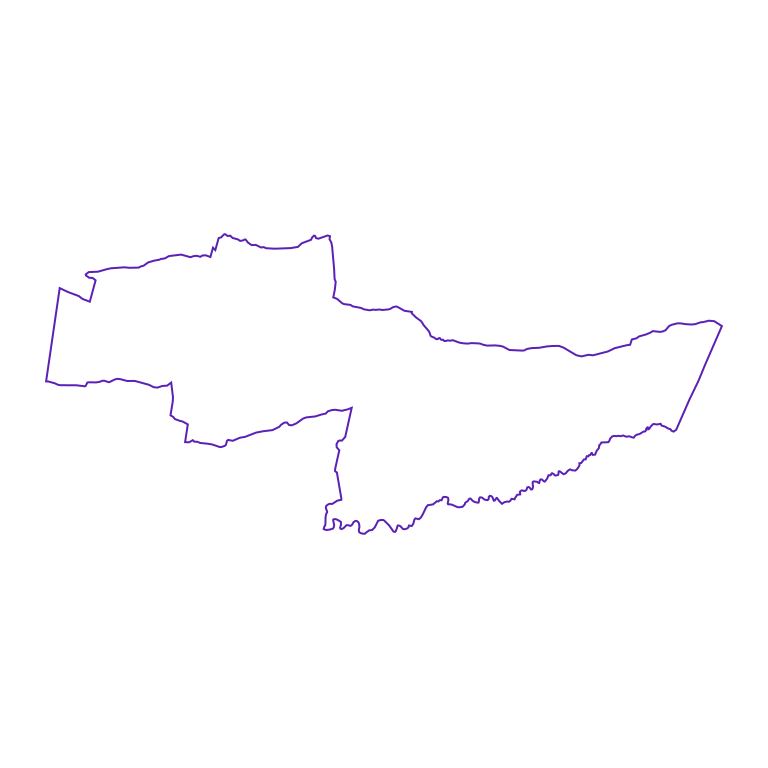 outline of Acuamanala de Miguel Hidalgo, Tlaxcala, Mexico
{"feature_id": "50627088B41690170063665", "entity_name": "Acuamanala de Miguel Hidalgo", "entity_type": "district", "adm_level": 2, "iso_a3": "MEX", "parent_name": "Mexico", "parent_adm1": "Tlaxcala", "projection": "equal_earth", "projection_center": [-98.159, 19.216], "detail": "fine", "context": "isolated", "style": "outline", "palette": "violet", "viewbox_px": 768, "rotation_deg": 0, "n_neighbors": 0, "source": "geoboundaries", "source_scale": "gbopen_adm2", "svg_char_len": 6103}
<svg xmlns="http://www.w3.org/2000/svg" viewBox="0 0 768 768"><path d="M676.2,429.8L689.5,399.4L698.3,381.2L705.3,364.3L721.9,326.1L714.3,321.2L708.9,320.7L703.2,322.1L700.7,322.3L695.1,324.2L691.1,324.5L685.2,324.1L681.0,323.4L677.6,323.3L671.7,324.8L669.1,326.0L665.6,330.2L662.9,331.4L660.1,331.9L652.8,331.1L650.6,332.5L646.2,334.4L639.1,336.4L636.5,338.3L631.8,339.5L630.1,344.8L626.8,345.2L614.9,348.1L607.8,351.5L593.0,355.3L588.3,354.8L581.6,356.4L576.3,355.2L563.5,347.6L558.9,345.9L552.4,346.0L547.2,346.4L539.0,347.8L531.5,348.1L526.9,349.0L524.3,350.4L522.3,350.6L509.4,350.0L503.2,346.7L500.4,345.9L495.0,345.4L487.3,345.6L483.6,344.9L480.2,343.6L476.4,343.3L471.4,343.1L467.9,343.6L463.3,343.3L459.3,342.6L452.8,340.2L450.2,340.7L447.5,340.4L445.9,341.0L444.3,341.0L443.0,339.7L442.0,339.9L440.8,339.5L440.1,338.3L439.5,338.1L438.6,338.3L437.7,339.1L436.3,339.1L433.9,337.5L431.2,336.4L430.5,335.6L429.6,332.6L428.6,330.9L423.7,325.2L421.8,322.1L420.9,321.0L416.1,317.5L411.8,313.4L411.9,311.9L404.5,310.8L397.1,306.7L395.9,306.5L393.0,307.2L390.2,308.9L388.5,309.4L382.5,310.0L379.8,309.5L375.2,309.9L373.3,309.6L369.6,310.3L363.8,309.3L360.9,307.9L352.8,306.4L350.5,304.9L344.1,304.1L342.2,303.3L337.0,298.8L333.3,297.4L334.9,289.2L335.7,281.8L334.6,279.1L334.1,268.8L332.1,246.3L331.3,242.5L329.5,239.1L330.0,236.2L327.6,235.5L318.4,238.7L316.0,238.1L315.2,236.1L314.1,235.6L312.3,237.2L311.0,239.8L301.9,243.2L297.9,246.9L290.6,248.1L274.7,248.7L266.0,248.2L263.7,247.1L261.1,247.5L255.8,244.9L251.6,245.1L247.9,242.5L245.6,239.5L244.5,239.6L242.8,240.5L240.1,240.9L237.9,239.4L232.5,237.9L230.3,235.7L227.6,236.0L225.5,234.4L224.4,234.2L223.8,234.6L221.1,237.4L218.7,238.0L215.3,250.1L213.0,247.7L210.4,257.0L205.7,255.3L202.4,255.5L200.4,256.8L196.5,255.8L193.3,256.2L190.5,257.2L181.1,254.6L170.4,255.9L168.7,256.2L164.9,258.4L160.7,259.0L159.4,259.7L153.9,260.7L148.2,262.4L143.6,265.7L140.9,266.4L138.7,267.6L129.2,267.8L124.5,267.3L110.9,268.3L107.1,269.1L97.9,271.7L88.7,272.1L85.7,274.4L86.0,275.5L89.3,277.8L92.5,277.9L95.6,280.3L89.8,301.7L82.4,298.9L78.9,296.1L67.9,292.0L59.7,288.1L46.1,381.4L48.4,381.5L54.8,383.3L57.8,384.7L60.0,385.2L76.6,385.3L84.8,386.3L85.8,385.8L87.2,382.7L88.1,382.3L96.3,382.4L99.9,381.8L102.0,380.8L104.4,380.7L108.3,382.1L109.4,382.1L115.0,379.4L117.5,378.8L120.5,379.2L127.2,381.0L134.7,380.9L149.0,384.8L153.7,387.2L157.5,387.6L162.2,386.0L167.2,385.6L171.2,382.6L173.0,397.4L172.7,401.9L170.5,415.3L173.3,417.0L174.8,419.0L179.6,420.8L182.6,421.5L187.8,424.4L185.1,442.1L189.0,442.3L192.8,440.2L194.2,441.6L197.3,441.8L200.4,443.0L207.7,443.7L212.3,444.5L220.0,447.1L221.8,446.9L224.9,445.8L226.0,444.7L226.9,441.0L228.1,439.9L232.7,440.8L240.0,437.7L245.0,436.9L256.1,432.6L262.8,431.3L272.5,430.1L279.1,426.9L281.4,424.5L284.5,422.6L286.9,422.5L289.1,425.0L291.8,425.3L296.3,423.4L303.2,418.5L306.3,417.4L315.4,416.4L321.8,414.4L325.7,413.6L327.9,411.3L332.1,410.0L335.5,409.8L341.9,410.8L347.6,409.4L351.7,407.8L345.2,437.0L341.9,440.6L339.6,440.5L338.2,441.1L336.5,444.2L336.7,447.3L339.3,450.3L335.5,467.3L335.0,470.0L335.1,471.2L336.9,472.5L341.4,498.8L341.3,499.8L337.4,500.6L332.3,503.9L329.9,503.8L328.5,504.2L326.4,505.7L325.9,506.7L325.9,508.3L327.1,511.4L327.1,512.4L326.3,513.5L325.6,516.7L325.4,524.2L325.1,525.6L324.3,526.6L323.7,529.1L326.2,530.0L329.1,529.7L332.8,528.7L333.7,527.5L334.2,525.1L333.2,520.6L333.2,519.7L333.9,519.2L335.6,519.1L337.7,519.9L340.9,521.9L341.0,524.5L340.1,527.8L340.5,528.7L341.4,529.1L343.4,528.3L346.5,525.2L348.2,525.2L350.4,525.9L351.4,525.4L352.3,524.4L353.5,522.2L355.3,521.0L356.2,520.9L357.3,521.3L358.6,522.5L359.3,525.1L359.4,527.1L358.8,530.0L359.2,532.2L360.8,533.2L363.6,533.8L365.1,533.6L365.8,532.8L369.1,530.4L372.1,530.0L374.7,527.5L378.1,520.8L380.6,520.0L383.3,520.0L384.3,520.6L389.2,525.5L393.5,531.6L395.1,531.9L395.6,531.4L396.8,528.6L397.4,526.1L398.0,525.4L399.7,525.8L400.6,526.4L403.1,529.1L404.8,529.2L407.1,528.5L408.5,527.3L408.6,526.2L409.0,525.5L411.8,526.0L413.3,523.8L414.4,519.6L415.4,518.4L418.9,519.2L420.9,517.5L423.0,513.9L426.0,507.5L427.8,505.2L433.0,504.4L436.9,501.2L438.3,501.5L439.9,500.1L441.5,500.3L442.8,497.5L443.7,496.9L446.1,497.0L447.9,497.7L448.2,498.2L448.4,500.1L447.7,503.3L447.9,504.0L448.3,504.4L449.5,504.2L452.0,504.7L457.4,507.1L459.3,507.3L462.5,506.8L464.8,504.4L465.1,503.0L465.6,502.5L467.7,501.1L469.2,498.8L469.7,498.6L470.6,498.6L472.5,500.7L474.5,501.9L477.1,502.6L478.5,502.6L478.8,501.8L479.1,498.9L479.8,497.5L480.9,497.3L482.3,497.8L484.6,499.6L487.5,500.2L488.6,499.2L488.8,496.9L489.8,495.8L491.4,496.2L492.4,497.1L493.8,500.7L494.8,500.5L496.0,498.6L496.6,497.9L497.0,498.0L499.2,501.0L502.0,503.8L504.2,502.3L507.1,501.5L508.8,501.8L510.1,501.0L511.6,498.8L514.6,499.3L515.0,498.1L517.2,494.8L520.2,494.4L519.9,491.7L521.3,490.5L522.5,490.4L524.0,491.0L525.3,490.8L526.5,489.8L527.2,487.5L528.3,487.0L529.6,487.5L531.0,489.5L532.0,489.4L532.7,488.4L533.0,486.9L532.6,483.1L532.6,482.3L533.0,481.7L534.0,481.4L536.5,481.7L537.3,481.9L538.1,482.7L539.2,483.0L539.8,480.5L540.3,479.7L541.1,479.3L542.1,479.6L543.8,481.3L544.8,481.6L547.1,478.7L548.5,475.2L549.9,475.4L550.9,474.9L551.5,473.5L552.1,473.2L553.8,474.2L554.7,475.3L555.5,475.5L557.9,475.1L558.4,474.2L558.6,471.7L559.1,471.2L559.9,471.4L563.5,474.2L565.8,473.3L567.3,471.3L569.0,469.9L570.3,469.4L571.8,470.2L575.3,470.6L576.9,469.3L579.1,466.2L579.5,464.7L579.4,463.2L581.2,463.0L584.0,459.4L585.6,459.4L586.8,456.2L588.4,456.3L589.0,455.2L590.2,455.0L591.5,453.0L592.0,453.1L592.2,454.2L592.8,454.9L595.1,454.6L596.7,450.8L598.8,448.2L599.3,445.1L600.2,444.5L601.4,442.5L608.3,442.2L609.2,441.1L610.2,438.6L612.1,436.5L614.0,435.9L616.4,436.2L618.7,435.8L620.6,436.2L623.2,435.5L626.1,436.7L629.4,436.3L632.5,437.5L633.8,437.6L634.9,436.0L636.4,434.9L639.8,433.9L643.5,431.6L645.2,431.4L646.0,430.3L646.2,428.8L647.5,427.3L647.9,427.4L648.2,429.3L649.0,429.1L650.9,426.3L653.0,424.2L653.8,424.0L657.0,424.5L660.6,423.8L661.6,425.6L664.8,426.5L668.4,428.6L670.5,429.2L671.3,430.6L673.6,431.6L676.2,429.8Z" fill="none" stroke="#5b21b6" stroke-width="2"/></svg>